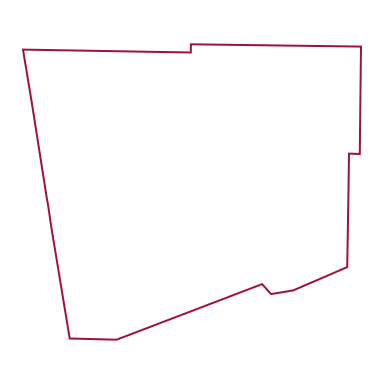 Haralson, Georgia, United States of America (Mercator projection)
{"feature_id": "52423323B68344767705299", "entity_name": "Haralson", "entity_type": "district", "adm_level": 2, "iso_a3": "USA", "parent_name": "United States of America", "parent_adm1": "Georgia", "projection": "mercator", "projection_center": [-85.207, 33.779], "detail": "fine", "context": "isolated", "style": "outline", "palette": "rose", "viewbox_px": 384, "rotation_deg": 0, "n_neighbors": 0, "source": "geoboundaries", "source_scale": "gbopen_adm2", "svg_char_len": 365}
<svg xmlns="http://www.w3.org/2000/svg" viewBox="0 0 384 384"><path d="M23.0,49.6L31.8,102.8L32.8,109.0L46.8,198.2L48.1,205.2L51.1,225.9L69.7,338.5L116.5,339.7L262.1,284.1L271.1,294.1L293.2,290.4L347.2,267.1L348.5,191.2L349.0,153.6L359.8,154.0L360.0,134.2L361.0,46.6L347.8,46.4L190.9,44.3L190.8,52.5L23.0,49.6Z" fill="none" stroke="#9f1239" stroke-width="2"/></svg>